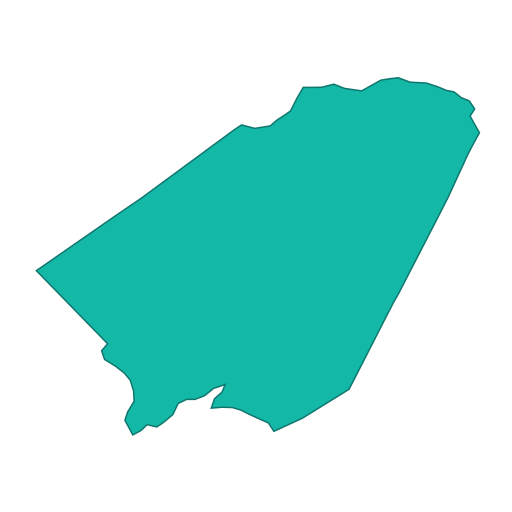 Areia Branca, Sergipe, Brazil, rotated 182°
{"feature_id": "56859067B35376876870912", "entity_name": "Areia Branca", "entity_type": "district", "adm_level": 2, "iso_a3": "BRA", "parent_name": "Brazil", "parent_adm1": "Sergipe", "projection": "albers", "projection_center": [-37.332, -10.786], "detail": "fine", "context": "isolated", "style": "filled", "palette": "teal", "viewbox_px": 512, "rotation_deg": 182, "n_neighbors": 0, "source": "geoboundaries", "source_scale": "gbopen_adm2", "svg_char_len": 1008}
<svg xmlns="http://www.w3.org/2000/svg" viewBox="0 0 512 512"><g transform="rotate(182 256 256)"><path d="M475.0,233.7L401.2,163.1L407.0,155.9L403.7,147.3L392.3,140.8L383.3,134.2L377.3,127.4L373.7,117.0L372.7,106.7L378.8,95.7L381.3,87.3L372.9,72.9L364.8,77.6L358.9,83.6L349.2,81.7L342.7,86.4L333.5,94.7L328.7,105.9L320.3,110.3L311.9,110.6L302.5,114.6L293.8,122.2L282.3,126.5L285.2,118.8L292.5,111.9L295.4,102.4L284.4,103.7L274.2,103.7L265.8,101.5L256.4,97.2L246.3,93.0L237.8,89.6L232.0,81.4L204.0,95.5L158.4,126.0L154.1,135.1L117.8,212.6L112.4,223.0L74.4,303.5L65.8,321.9L48.0,364.5L43.7,373.6L37.0,387.0L42.3,395.6L46.9,403.3L42.6,410.6L48.2,418.4L56.4,421.4L63.8,426.9L71.7,428.2L79.8,431.3L91.7,434.8L108.1,435.1L120.0,439.1L128.7,437.8L137.3,436.1L156.2,424.7L173.5,426.6L184.2,430.4L196.4,426.9L214.7,426.1L220.5,415.3L226.6,402.1L233.2,397.2L239.9,392.5L246.3,386.5L261.7,383.5L275.0,386.5L282.3,381.3L372.4,310.0L397.7,291.4L475.0,233.7Z" fill="#14b8a6" stroke="#0f766e" stroke-width="1.5"/></g></svg>